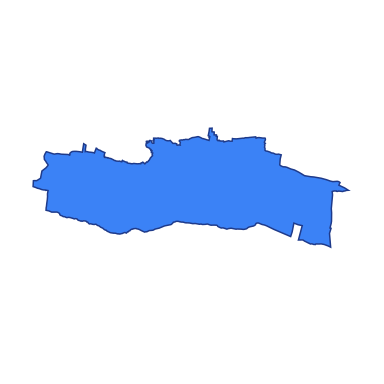 Gherghesti, Vaslui, Romania (Equal Earth projection), rotated 296°
{"feature_id": "2599482B70910765176420", "entity_name": "Gherghesti", "entity_type": "district", "adm_level": 2, "iso_a3": "ROU", "parent_name": "Romania", "parent_adm1": "Vaslui", "projection": "equal_earth", "projection_center": [27.522, 46.523], "detail": "fine", "context": "isolated", "style": "filled", "palette": "blue", "viewbox_px": 384, "rotation_deg": 296, "n_neighbors": 0, "source": "geoboundaries", "source_scale": "gbopen_adm2", "svg_char_len": 6079}
<svg xmlns="http://www.w3.org/2000/svg" viewBox="0 0 384 384"><g transform="rotate(296 192 192)"><path d="M265.4,320.9L265.6,319.7L265.5,318.5L265.2,317.7L263.1,314.1L262.5,311.8L262.0,307.5L261.0,302.1L258.9,294.9L257.8,292.1L256.0,286.0L256.6,279.5L256.7,274.5L256.0,270.6L255.8,266.4L255.4,264.6L254.8,263.4L254.5,262.0L254.5,260.2L254.7,259.3L255.0,258.9L260.4,256.8L264.5,255.9L264.0,253.2L263.2,252.0L262.6,250.5L262.6,248.2L261.9,246.0L262.1,245.1L261.7,241.8L261.3,240.7L261.4,239.4L263.4,238.4L263.9,237.6L265.7,237.1L266.5,236.4L267.9,236.6L268.0,235.6L268.5,235.2L269.6,235.1L270.8,235.1L271.3,235.0L272.4,234.3L272.4,233.8L271.6,232.3L270.3,228.3L269.4,226.9L268.5,226.0L269.5,225.1L266.2,219.7L265.3,218.4L265.2,218.1L264.6,217.1L264.5,216.6L263.4,215.3L263.0,215.1L262.8,214.3L259.2,208.6L257.9,205.6L257.9,205.1L257.8,204.9L255.3,205.8L254.4,204.1L254.3,203.1L254.0,202.3L251.0,198.7L251.7,198.0L251.2,197.3L251.1,196.8L250.4,195.7L250.3,195.2L250.4,193.8L250.0,193.9L249.9,193.3L249.5,192.9L249.9,191.6L253.1,190.4L252.7,189.4L254.0,188.9L253.1,186.8L255.6,185.7L254.9,183.5L258.2,182.1L256.9,179.8L254.0,180.8L249.7,181.9L249.8,183.0L248.9,183.2L249.3,183.8L245.8,184.7L244.9,178.7L244.6,177.9L244.7,175.9L244.6,173.6L244.2,172.8L242.3,170.4L241.0,168.4L238.8,166.6L238.2,166.4L237.5,165.6L236.5,163.1L235.7,162.3L235.2,161.2L234.6,160.8L234.3,160.3L234.2,159.7L233.2,158.3L232.8,158.1L232.2,158.2L231.6,159.6L231.4,159.8L229.5,160.3L229.0,160.8L228.4,159.3L227.7,158.4L227.6,157.9L228.6,157.1L228.4,156.8L228.5,155.8L227.3,153.5L228.8,149.8L228.0,149.0L227.5,148.0L227.1,146.8L226.9,145.5L227.2,144.0L227.0,141.6L226.3,139.6L225.7,138.7L225.8,138.1L224.5,136.1L224.3,135.3L223.6,133.9L222.5,134.4L222.3,134.6L222.4,135.0L222.0,135.1L221.9,134.8L221.6,134.6L220.5,135.7L219.1,136.3L218.6,135.5L218.5,134.9L219.1,133.8L220.2,133.7L220.0,131.8L219.8,131.4L219.3,131.1L219.0,131.3L219.0,131.6L218.2,131.5L218.2,129.8L217.6,128.8L217.0,128.9L217.0,130.5L216.6,131.3L216.6,130.6L216.2,129.8L215.3,129.6L213.8,130.1L212.8,131.2L212.6,131.4L212.7,134.0L212.6,134.9L212.3,135.1L212.2,135.5L212.2,136.3L212.2,136.5L211.4,136.7L211.4,137.3L211.6,137.9L211.5,138.0L211.3,138.1L211.1,137.8L210.4,137.7L209.6,138.2L210.0,140.1L209.7,139.7L209.2,139.6L208.1,139.8L207.8,140.0L207.7,140.4L207.2,140.6L205.7,140.0L205.0,140.0L204.6,139.7L201.6,139.6L201.2,139.2L200.4,139.2L199.3,138.8L199.2,138.1L196.6,137.3L196.6,136.9L196.9,136.4L196.9,136.0L197.2,135.6L197.2,134.6L196.8,134.4L196.4,134.4L196.2,134.0L195.9,133.5L195.0,133.6L194.4,132.3L193.4,130.6L192.4,127.9L192.2,127.2L191.5,126.4L190.7,124.8L190.6,124.0L189.9,122.1L189.8,120.9L190.3,120.7L190.3,120.2L190.0,119.7L189.8,118.1L189.9,117.2L189.7,116.7L189.9,115.6L189.1,115.5L188.4,115.6L188.1,114.4L188.0,113.2L187.5,112.6L186.7,110.6L186.5,109.4L186.6,108.9L186.3,108.3L186.5,107.2L186.5,104.4L186.0,102.6L186.0,101.5L185.6,101.2L185.7,100.8L185.7,100.4L184.8,98.4L184.8,98.2L185.6,98.0L185.4,97.6L185.6,97.3L188.0,96.6L189.2,96.5L189.0,92.8L189.2,91.3L188.9,89.6L189.1,88.0L189.5,87.2L189.4,86.7L184.3,87.2L184.2,86.2L183.4,83.7L182.7,82.0L182.2,79.6L181.9,78.8L181.5,78.4L184.1,77.3L187.6,76.2L187.9,73.5L179.7,76.0L178.9,73.2L177.8,70.2L176.9,68.3L176.0,66.8L175.2,66.1L173.8,65.4L172.7,65.4L171.9,66.0L171.5,65.9L171.4,64.2L168.7,58.0L168.0,55.4L167.4,54.0L165.8,51.8L165.5,50.8L164.5,44.0L164.3,43.4L161.6,43.2L159.3,43.4L156.5,45.1L155.5,47.1L154.6,48.4L153.6,50.3L153.3,50.7L152.7,50.9L149.8,50.2L145.1,47.9L138.1,49.8L137.7,49.7L134.2,47.5L133.8,46.8L133.0,45.0L132.6,44.5L127.2,46.8L127.6,50.0L127.6,51.3L128.1,53.3L128.3,55.8L128.8,57.7L129.6,59.6L129.4,59.9L129.7,60.2L130.2,62.0L127.0,62.9L124.5,64.2L121.7,65.3L117.7,66.6L115.5,67.4L114.0,67.8L111.6,68.8L112.3,71.8L112.4,74.7L114.6,79.1L114.9,80.4L114.7,82.0L114.4,82.6L113.6,83.2L113.4,84.2L113.6,86.0L113.4,87.0L114.0,88.5L114.0,90.3L114.3,91.1L115.0,91.9L115.6,93.6L116.2,97.3L116.1,97.9L116.9,98.7L117.4,100.3L116.7,102.1L117.0,103.4L117.1,104.9L117.6,105.6L117.5,106.0L118.3,107.0L118.6,107.2L119.2,108.9L119.3,110.0L118.9,110.7L119.2,111.4L118.4,113.0L118.3,113.8L119.0,114.8L119.5,117.2L119.9,118.3L120.8,119.5L120.9,120.2L120.5,121.6L120.8,123.2L120.3,125.5L120.4,127.6L119.8,129.6L119.8,130.8L120.0,131.9L119.7,132.4L119.5,133.3L119.7,133.8L119.6,135.6L119.7,136.7L120.6,139.5L121.4,141.3L121.7,143.4L122.1,143.9L122.2,144.8L122.5,145.1L122.6,145.6L123.8,147.0L123.9,147.3L125.8,148.9L126.2,149.5L126.3,151.0L128.0,151.6L128.1,152.0L128.6,152.3L129.5,152.5L130.0,153.2L131.0,153.3L131.4,153.6L132.3,154.3L132.4,154.7L133.2,155.2L133.3,155.7L133.7,155.9L133.9,156.4L134.7,157.7L134.7,158.8L135.1,159.8L135.2,161.5L135.1,163.6L135.2,167.0L136.2,168.1L136.4,168.8L138.6,170.5L140.2,173.2L140.8,173.9L142.6,175.2L145.1,178.3L149.5,182.2L153.5,187.4L154.7,188.0L155.9,188.4L156.7,188.5L157.6,189.8L158.6,190.5L159.5,192.2L159.8,193.3L159.7,193.7L160.1,194.3L160.1,195.2L161.0,197.1L161.4,199.5L163.0,203.1L163.9,206.6L165.1,208.7L166.3,212.9L167.2,214.2L167.3,215.4L168.6,217.9L170.0,219.9L170.3,222.7L170.5,223.6L172.0,226.5L173.0,228.8L172.9,229.5L172.4,230.2L172.3,231.6L172.4,232.6L172.3,232.9L172.5,234.2L173.4,235.6L173.6,237.4L173.8,237.7L173.7,238.3L173.9,238.8L173.8,239.2L174.0,239.7L175.1,240.8L176.6,243.0L177.9,247.9L178.6,248.9L180.3,252.8L180.8,254.4L181.4,255.4L182.9,257.2L184.5,257.9L185.7,258.8L188.4,262.2L189.5,263.0L190.4,263.4L191.4,263.3L192.1,263.5L193.0,264.7L193.3,265.5L193.5,269.1L194.1,271.6L194.3,273.8L194.3,282.0L195.2,300.2L200.1,299.5L208.7,297.2L209.1,301.7L210.1,305.8L195.5,308.7L197.0,311.6L197.5,312.8L197.2,314.8L197.2,321.3L198.0,322.5L198.2,324.3L198.9,326.0L199.7,326.2L200.6,328.3L202.0,330.9L202.8,333.9L203.2,338.1L203.2,340.8L215.1,333.7L220.3,332.9L220.1,332.2L220.1,331.8L224.6,330.9L226.9,330.2L234.5,326.6L238.1,324.5L251.0,319.6L253.9,317.8L255.1,319.1L255.7,320.2L255.9,320.9L256.2,321.2L256.0,321.7L256.3,322.5L257.0,323.2L257.3,323.8L258.5,327.3L259.3,327.9L259.9,328.9L261.2,330.2L262.1,331.8L262.6,327.3L262.5,321.0L265.4,320.9Z" fill="#3b82f6" stroke="#1e3a8a" stroke-width="1.5"/></g></svg>